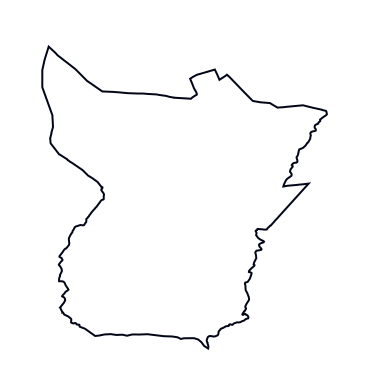 Mberengwa, Midlands, Zimbabwe (Equal Earth projection), rotated 85°
{"feature_id": "62879985B72104982716343", "entity_name": "Mberengwa", "entity_type": "district", "adm_level": 2, "iso_a3": "ZWE", "parent_name": "Zimbabwe", "parent_adm1": "Midlands", "projection": "equal_earth", "projection_center": [30.19, -20.689], "detail": "fine", "context": "isolated", "style": "outline", "palette": "ink", "viewbox_px": 384, "rotation_deg": 85, "n_neighbors": 0, "source": "geoboundaries", "source_scale": "gbopen_adm2", "svg_char_len": 5946}
<svg xmlns="http://www.w3.org/2000/svg" viewBox="0 0 384 384"><g transform="rotate(85 192 192)"><path d="M328.3,166.8L327.7,166.8L327.5,166.6L327.1,165.9L327.1,165.7L327.2,165.1L327.7,164.3L327.8,163.4L327.6,162.9L326.8,162.1L326.7,161.8L326.4,161.0L325.9,159.2L325.8,157.9L325.9,157.7L326.0,156.7L325.9,155.2L325.0,153.2L324.8,152.1L324.6,151.3L323.3,149.6L323.2,149.2L323.0,148.4L322.8,147.1L322.3,146.8L321.7,146.7L320.7,147.0L319.7,147.5L319.5,147.8L319.1,148.8L318.2,149.3L318.0,149.9L318.3,150.9L318.8,151.6L318.8,152.2L318.6,152.4L318.3,152.5L318.1,152.4L317.2,151.9L315.5,150.4L315.1,150.2L314.8,149.4L314.2,149.2L313.0,148.3L312.6,148.3L311.8,148.8L311.6,148.9L311.0,148.9L310.5,148.8L308.1,147.4L307.3,146.8L306.2,145.9L304.4,144.6L304.1,144.5L301.6,144.6L297.8,145.7L297.3,145.8L294.8,147.0L293.3,147.1L289.9,146.9L288.3,147.3L287.3,147.1L287.1,147.0L286.8,146.7L286.7,145.8L286.7,145.4L286.3,144.3L283.4,141.9L280.3,140.5L278.3,139.7L278.0,139.7L277.5,140.2L277.0,140.9L276.9,141.9L276.7,142.3L275.7,142.1L274.8,141.3L273.1,139.3L270.9,136.3L270.3,136.1L269.4,136.9L267.3,136.1L265.5,134.9L265.2,134.8L263.5,133.7L260.6,133.8L257.6,134.2L256.1,132.9L255.9,130.0L255.6,128.1L255.5,127.9L254.6,127.8L252.3,129.5L250.5,129.9L249.8,129.4L249.0,127.7L248.4,125.1L247.7,124.6L247.0,125.2L245.6,127.7L243.6,130.1L240.5,131.9L240.1,131.8L239.1,131.4L238.2,131.3L236.8,131.9L236.4,132.0L235.9,131.6L235.5,130.4L234.5,130.0L234.5,129.8L235.8,122.8L235.9,120.9L235.3,120.2L234.9,120.1L233.7,118.6L233.6,118.4L232.4,117.1L232.2,116.7L232.3,116.5L229.4,113.4L227.6,111.6L225.8,109.5L223.6,107.2L193.8,75.1L194.0,81.3L194.0,84.5L194.1,87.4L194.1,95.3L194.1,96.6L194.5,100.5L193.4,100.1L191.9,99.4L188.7,97.5L187.9,96.8L187.2,96.1L184.7,91.8L184.4,91.5L183.1,91.2L182.2,91.4L180.4,92.6L179.7,92.5L178.0,91.8L176.9,90.8L175.9,89.7L175.3,89.5L174.8,89.5L174.4,90.1L174.0,90.3L173.2,89.8L172.5,89.0L171.9,87.8L171.8,85.4L171.7,85.2L171.4,84.6L170.5,84.3L169.4,84.3L167.2,84.8L166.4,84.8L165.4,83.9L164.8,83.6L164.2,83.2L163.7,83.0L162.7,82.8L161.8,82.4L161.2,82.3L159.8,81.9L159.3,81.6L158.9,81.4L158.8,81.1L158.1,78.7L157.6,77.4L155.6,74.8L153.1,72.8L152.9,72.2L151.2,70.9L149.2,69.6L147.3,69.2L146.0,68.7L144.6,69.0L143.5,68.9L142.7,68.1L142.3,67.1L142.1,65.9L142.0,64.6L141.7,63.5L140.9,63.2L140.2,63.3L138.8,64.1L138.5,64.2L137.3,64.1L136.4,63.7L135.6,62.6L135.2,61.0L134.9,60.3L133.9,60.0L133.2,59.1L132.9,58.5L132.5,58.1L132.2,58.0L131.3,58.2L131.0,58.1L130.4,57.1L129.0,55.0L127.4,52.1L127.0,51.4L126.4,50.9L125.7,50.9L125.1,51.0L124.3,51.0L122.9,51.4L121.6,55.2L121.3,55.6L118.7,64.0L115.3,73.9L115.4,90.9L115.5,95.1L115.4,96.0L115.4,99.4L112.3,103.8L110.2,106.6L108.5,116.6L108.4,116.7L106.6,123.5L96.7,131.7L80.6,144.7L78.2,147.0L79.4,148.8L82.6,154.9L77.5,156.5L72.0,158.6L72.2,159.5L75.7,177.0L77.4,181.0L79.0,184.0L84.0,182.4L89.1,180.9L92.8,179.1L94.9,178.6L95.5,178.8L96.6,181.2L97.9,183.5L99.0,184.9L96.5,201.7L96.4,201.7L96.4,201.9L95.3,206.0L94.0,209.5L92.4,216.4L91.7,218.8L90.6,226.6L89.6,232.5L89.2,237.1L87.9,247.7L86.4,255.8L85.4,261.9L84.0,272.6L72.6,286.3L72.6,286.5L59.5,297.4L44.1,314.0L41.9,315.6L34.7,322.1L47.1,327.2L57.5,330.5L74.6,332.0L103.4,324.4L115.1,324.8L121.0,327.0L121.3,326.9L126.4,328.7L126.9,328.6L131.0,328.6L131.5,328.4L143.0,321.0L143.0,320.8L143.2,320.5L143.9,319.6L144.1,319.2L144.4,319.0L145.0,318.1L147.8,314.5L148.2,313.8L148.7,313.6L149.0,313.1L149.6,312.9L149.9,312.2L150.5,311.6L151.4,310.7L152.1,309.5L160.4,299.4L160.9,299.0L161.3,298.5L161.6,298.3L162.0,297.9L162.7,297.4L163.4,296.7L164.1,296.3L164.6,295.8L165.2,295.2L166.5,294.2L169.5,290.1L173.8,285.2L178.4,282.2L179.3,281.1L179.5,280.8L180.1,280.9L180.3,281.5L180.8,281.3L181.2,281.6L181.2,281.8L181.5,282.1L182.5,282.1L185.3,280.4L186.5,279.9L186.9,279.9L188.5,280.3L190.9,280.5L191.6,280.7L191.8,281.1L191.9,282.0L192.0,282.3L192.6,283.3L198.5,288.5L199.2,289.4L199.7,289.8L200.1,290.3L200.8,290.9L201.5,291.8L202.4,292.7L204.3,294.6L205.0,295.0L206.4,296.4L207.2,296.8L207.7,297.5L208.7,298.4L209.8,299.7L211.0,299.7L212.9,300.1L214.1,301.5L214.7,301.7L215.6,302.5L215.7,303.5L215.2,305.8L215.5,307.6L216.3,310.9L217.0,312.0L218.1,312.5L220.6,314.4L222.0,314.8L222.6,315.6L224.1,316.7L226.5,318.2L227.5,318.7L228.4,318.8L229.8,318.8L232.3,318.7L233.8,319.1L234.1,319.2L236.3,321.3L237.3,322.4L237.4,323.1L237.6,323.4L238.6,324.6L240.6,326.1L244.4,329.6L245.0,329.7L245.4,329.3L245.6,329.1L246.3,327.8L248.4,326.9L248.7,327.1L249.4,327.7L249.7,328.3L252.5,330.9L253.0,331.0L254.8,329.7L257.3,328.6L259.5,328.5L263.2,330.8L264.2,330.7L265.7,331.6L267.1,332.0L269.3,332.2L269.7,328.9L270.2,327.7L271.4,326.8L274.4,325.8L277.5,324.0L278.6,323.6L279.4,324.7L279.9,325.9L280.5,326.7L282.1,328.1L283.4,329.6L284.3,330.4L284.6,330.5L284.8,330.3L285.8,328.7L286.7,328.1L287.2,327.9L288.9,327.8L289.0,327.9L291.2,329.3L295.1,333.0L295.1,332.9L295.9,333.1L296.7,333.1L299.7,331.9L300.1,331.6L300.6,331.6L300.9,331.7L301.0,330.9L302.9,330.0L303.2,329.5L305.0,326.5L305.3,326.0L306.8,324.5L307.2,324.0L308.1,323.4L308.6,323.4L311.5,323.8L311.7,323.6L311.9,323.1L312.6,321.7L312.6,321.3L312.5,321.0L312.4,320.6L312.4,319.7L312.6,319.3L313.1,318.7L313.7,318.6L314.0,318.3L314.1,317.9L314.1,317.4L314.5,315.8L316.4,315.6L318.9,310.5L327.0,301.0L326.9,296.9L326.3,291.7L326.5,285.3L327.8,279.9L328.1,273.8L329.5,269.2L328.7,263.9L329.4,256.8L329.8,248.7L333.2,232.6L334.2,224.3L335.5,219.0L337.4,215.9L337.0,212.8L337.8,202.7L339.5,198.6L342.6,195.6L346.3,193.4L349.3,189.6L348.2,189.2L346.8,189.1L343.4,189.9L343.3,189.7L342.4,190.1L341.8,190.3L341.1,190.3L340.8,190.2L339.1,189.5L337.9,188.8L337.7,188.6L337.1,187.5L337.1,187.1L337.1,186.1L337.5,184.3L337.9,183.1L337.8,181.8L337.8,181.2L337.2,179.8L337.1,179.2L336.8,178.8L336.5,178.5L335.3,178.0L333.6,177.7L333.4,177.5L332.8,177.2L331.6,175.8L331.3,175.7L330.9,175.3L330.4,174.1L330.1,172.8L328.7,169.9L328.7,167.5L328.6,167.2L328.3,166.8Z" fill="none" stroke="#020617" stroke-width="2"/></g></svg>